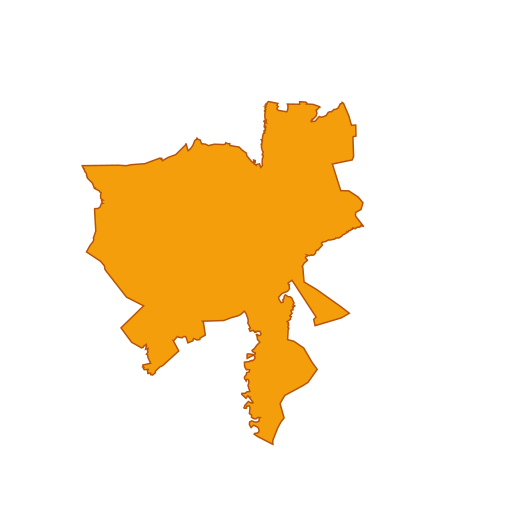 outline of Ayala, Morelos, Mexico, rotated 328°
{"feature_id": "50627088B86852114099424", "entity_name": "Ayala", "entity_type": "district", "adm_level": 2, "iso_a3": "MEX", "parent_name": "Mexico", "parent_adm1": "Morelos", "projection": "orthographic", "projection_center": [-98.965, 18.698], "detail": "fine", "context": "isolated", "style": "filled", "palette": "amber", "viewbox_px": 512, "rotation_deg": 328, "n_neighbors": 0, "source": "geoboundaries", "source_scale": "gbopen_adm2", "svg_char_len": 6160}
<svg xmlns="http://www.w3.org/2000/svg" viewBox="0 0 512 512"><g transform="rotate(328 256 256)"><path d="M348.4,131.6L346.8,131.9L345.8,132.8L345.1,132.4L345.0,133.0L343.7,132.9L343.5,133.7L344.1,134.1L343.2,135.0L342.5,134.5L342.7,135.3L341.6,136.0L341.9,137.1L340.6,137.3L340.5,138.3L340.0,138.0L339.9,139.2L338.7,140.3L336.8,143.5L336.5,144.6L336.9,146.1L336.4,146.8L335.5,147.2L334.9,145.5L333.9,146.2L335.0,148.4L334.0,147.9L332.0,150.0L333.3,151.6L331.6,150.7L331.4,151.4L330.8,151.2L332.1,152.4L330.5,153.7L330.6,154.4L329.8,154.6L329.3,154.2L329.0,155.4L328.5,155.1L328.2,155.6L328.4,156.2L327.2,156.1L325.7,157.3L322.9,160.7L322.1,160.3L322.3,162.0L321.6,162.1L321.0,163.4L319.6,164.0L319.8,164.8L319.0,165.3L318.1,167.2L317.2,170.0L317.3,171.7L314.8,173.4L315.4,174.6L314.1,176.2L313.2,176.5L310.8,179.8L309.4,182.7L307.0,183.4L307.8,179.7L304.3,178.5L304.1,178.9L303.4,177.0L305.1,176.0L305.9,174.6L304.8,173.3L303.2,176.4L302.2,173.0L301.3,166.0L302.4,163.7L300.3,158.7L299.4,154.7L292.4,148.4L293.3,146.8L291.4,145.7L290.5,143.9L289.2,144.8L287.7,144.4L279.9,139.1L274.2,137.2L272.5,134.5L269.4,131.9L270.1,128.0L268.7,126.4L268.4,124.8L267.1,125.8L266.2,125.4L265.0,125.8L261.3,128.6L258.2,130.0L254.6,130.8L254.1,130.7L256.3,123.4L255.3,124.4L241.6,127.5L233.5,125.8L227.1,125.6L227.8,123.2L227.4,122.8L226.7,123.3L226.2,122.0L210.6,118.8L198.9,112.6L193.7,110.6L187.4,106.1L156.5,87.3L156.1,90.2L156.5,90.9L156.0,91.2L156.0,92.8L155.6,93.5L155.9,95.6L155.6,97.2L155.0,97.8L154.9,99.5L154.4,99.8L154.5,101.6L155.9,107.6L154.8,113.1L155.7,113.2L155.6,114.4L157.6,117.5L157.5,118.7L158.2,120.4L156.4,122.0L154.8,124.9L155.6,127.1L155.0,126.7L154.4,127.1L154.4,128.0L153.4,129.4L153.7,130.0L152.8,129.5L149.8,131.8L147.2,132.0L144.4,130.4L143.9,130.7L133.3,150.0L127.6,154.6L127.0,156.3L125.5,157.4L120.9,159.1L114.4,162.7L121.4,178.1L122.2,184.0L120.8,187.4L121.0,190.2L124.4,222.3L134.3,238.7L103.4,245.4L104.8,263.2L110.3,273.4L111.3,273.3L111.8,273.7L113.9,272.7L114.5,273.3L116.0,272.8L115.6,274.2L112.9,276.6L115.5,277.2L113.8,278.7L113.4,280.3L111.0,281.3L111.7,282.4L110.6,284.8L109.8,291.1L102.3,288.5L102.1,289.3L101.0,289.9L101.9,291.1L100.9,291.7L100.9,292.4L101.0,293.2L104.4,295.1L103.3,295.7L102.0,298.3L104.2,299.2L104.5,299.6L103.8,300.8L105.3,302.2L108.6,301.7L109.9,300.3L115.6,299.1L118.7,299.5L140.2,295.6L141.0,283.7L141.7,284.2L146.7,282.6L147.3,283.9L150.0,286.2L152.0,286.0L153.4,286.9L153.6,288.0L152.2,293.6L157.5,294.5L159.3,292.8L161.4,295.9L164.1,297.1L165.1,296.0L171.1,296.2L176.1,284.8L176.0,282.9L194.4,293.6L202.8,295.3L209.0,297.2L212.1,297.5L216.8,296.6L217.1,299.5L215.9,305.0L214.9,307.1L213.5,308.5L213.1,314.1L211.5,314.0L211.1,316.7L214.3,317.6L214.6,320.3L216.1,320.6L216.1,320.0L219.3,321.7L219.0,324.8L217.9,325.4L216.3,325.2L215.5,324.3L215.9,323.9L215.2,322.9L214.5,323.0L214.3,324.7L213.0,327.6L213.6,331.1L209.3,332.1L205.5,333.7L202.7,333.9L202.4,335.2L204.0,337.8L203.5,338.8L201.9,338.4L197.6,334.9L196.7,334.5L196.1,334.9L194.2,338.2L201.6,338.8L201.7,341.3L200.7,342.2L199.0,343.0L197.2,342.9L197.2,342.3L194.8,341.8L194.6,342.1L189.9,339.9L187.8,343.7L187.5,346.9L187.8,347.7L188.7,347.8L190.3,349.2L188.8,350.7L186.3,350.0L184.7,351.6L182.2,352.4L181.4,353.4L181.4,356.8L182.8,355.8L183.9,356.6L183.9,357.6L183.0,359.5L180.6,361.5L179.0,367.6L176.0,366.3L174.4,366.8L171.2,365.0L170.6,365.7L172.1,371.4L175.0,370.2L175.4,370.9L175.2,371.9L176.0,372.5L175.3,372.6L176.0,378.5L175.2,379.0L174.5,377.9L173.8,377.8L172.5,375.3L167.8,376.6L165.3,378.3L165.6,379.2L167.3,380.0L168.5,378.5L170.9,379.6L170.6,381.4L166.9,386.1L167.9,388.6L166.7,390.5L168.1,393.0L169.8,394.1L172.1,393.9L173.8,395.2L172.8,395.3L171.1,397.5L170.2,397.6L168.3,397.1L166.8,396.0L165.1,393.6L163.1,393.3L162.3,393.7L161.0,395.6L160.9,398.9L164.3,398.2L166.3,401.4L166.9,403.5L166.0,405.9L164.7,406.8L163.5,406.9L160.6,405.7L160.0,406.2L161.9,410.3L170.5,424.7L172.4,421.4L183.0,413.5L189.1,410.0L194.0,408.2L198.2,393.9L206.6,389.5L227.3,390.8L233.1,390.7L247.8,384.6L247.2,375.8L247.7,359.3L242.9,348.3L238.5,343.7L244.0,335.8L245.7,334.6L245.1,333.5L245.7,332.6L247.0,332.2L247.4,331.2L247.0,330.7L248.2,330.0L248.7,330.5L247.8,329.5L247.6,328.1L251.7,328.0L252.1,327.1L253.9,326.0L252.9,324.7L253.2,324.4L256.3,323.7L256.6,320.9L257.2,320.6L258.9,321.3L259.2,320.2L261.0,319.2L260.1,318.6L260.3,318.2L262.3,319.0L262.6,318.6L261.8,317.9L262.0,316.6L263.3,316.1L264.1,310.3L263.2,308.6L261.6,307.5L260.5,304.7L260.0,304.5L258.6,305.1L257.1,307.0L255.6,307.3L254.7,309.5L252.6,309.0L252.5,305.2L253.2,303.0L258.0,301.6L264.0,302.6L265.5,302.2L267.2,301.4L268.3,298.7L269.1,298.2L268.6,296.5L269.1,295.8L273.7,295.7L274.6,339.6L271.3,340.3L269.2,346.4L295.6,353.7L304.8,354.0L300.9,343.5L289.8,316.9L283.0,303.5L289.8,290.2L289.5,289.5L293.3,287.5L297.2,287.0L297.5,286.4L296.8,283.8L297.5,283.2L299.3,283.3L299.9,283.0L299.7,282.2L301.4,284.0L303.5,284.3L303.7,285.0L305.7,285.8L308.0,285.1L309.1,283.8L310.8,283.2L311.7,283.4L311.7,283.8L318.2,281.9L318.3,279.8L319.4,279.4L322.8,280.6L326.2,280.8L326.9,281.6L331.4,283.2L332.6,283.4L333.1,283.0L335.8,284.6L339.3,284.6L341.2,284.0L342.9,284.4L345.9,284.2L345.4,283.9L345.9,283.5L346.8,284.4L348.1,283.6L349.1,284.3L350.1,284.4L350.8,283.8L352.0,284.4L352.9,283.4L354.6,285.5L357.4,285.2L358.6,286.3L360.5,286.5L360.7,285.8L361.4,285.6L362.9,288.2L361.6,275.2L362.1,273.9L363.7,271.9L369.7,272.2L374.9,267.6L373.9,260.2L369.2,249.9L362.5,245.5L369.5,218.5L388.5,225.5L391.6,223.2L400.2,208.2L401.7,206.3L404.3,207.3L410.0,197.8L406.2,195.7L408.9,186.7L411.1,172.9L410.4,171.3L409.4,172.1L408.1,171.6L404.4,173.9L401.5,174.0L399.8,173.0L396.3,173.7L395.2,172.8L393.4,172.5L389.7,174.1L385.1,173.1L383.6,171.2L377.7,173.0L376.3,172.6L375.6,171.6L374.4,171.8L374.1,170.8L376.2,169.7L376.7,170.2L380.8,169.3L383.3,167.3L384.4,164.0L385.4,164.3L388.0,163.4L388.6,163.9L389.1,163.7L389.0,163.0L384.8,157.7L379.3,153.8L380.1,153.4L379.8,151.9L374.8,148.3L373.4,150.4L363.1,143.8L362.7,145.6L360.8,148.4L358.5,150.0L352.2,144.4L351.8,143.2L351.7,142.3L352.2,141.7L354.0,141.1L353.5,139.2L355.4,138.2L348.4,131.6Z" fill="#f59e0b" stroke="#b45309" stroke-width="1.5"/></g></svg>